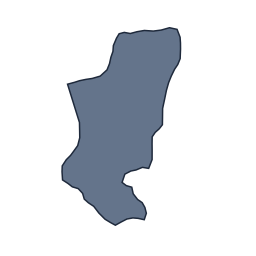 Porto Real, Rio de Janeiro, Brazil (Natural Earth projection), rotated 341°
{"feature_id": "56859067B71972686895442", "entity_name": "Porto Real", "entity_type": "district", "adm_level": 2, "iso_a3": "BRA", "parent_name": "Brazil", "parent_adm1": "Rio de Janeiro", "projection": "natural_earth1", "projection_center": [-44.326, -22.446], "detail": "fine", "context": "isolated", "style": "filled", "palette": "slate", "viewbox_px": 256, "rotation_deg": 341, "n_neighbors": 0, "source": "geoboundaries", "source_scale": "gbopen_adm2", "svg_char_len": 1076}
<svg xmlns="http://www.w3.org/2000/svg" viewBox="0 0 256 256"><g transform="rotate(341 128 128)"><path d="M161.6,136.1L164.1,129.2L167.1,120.8L172.1,112.5L176.6,104.9L181.2,98.3L185.9,92.9L191.2,87.6L195.7,84.2L199.9,79.4L203.4,70.4L205.3,64.7L206.8,59.1L206.5,50.7L199.9,46.7L191.2,46.2L183.5,44.6L175.2,41.1L167.9,39.9L160.9,39.4L155.6,36.4L150.3,36.0L146.3,39.4L141.0,45.3L138.7,50.7L134.9,55.5L131.5,61.1L127.1,66.2L118.6,69.9L110.3,69.5L103.8,68.3L97.5,67.5L92.4,67.4L85.1,66.9L83.9,107.0L81.1,115.7L79.2,121.5L74.7,128.3L68.9,132.4L64.8,135.2L59.3,137.9L53.5,142.4L51.4,147.8L49.2,155.8L53.2,160.9L56.2,165.5L61.2,169.1L63.8,175.0L63.5,181.0L66.2,185.8L70.1,190.9L72.8,199.0L76.6,206.8L80.6,211.6L84.4,215.8L91.2,214.6L97.3,213.7L103.3,214.6L108.1,216.7L113.5,220.0L117.6,214.6L118.1,208.6L117.1,203.2L113.8,198.7L111.5,191.9L112.3,185.2L107.6,181.9L104.7,177.5L110.0,170.6L116.6,169.6L121.9,170.3L128.8,169.9L134.4,172.9L140.5,165.7L143.7,156.5L145.7,150.5L148.0,144.2L152.3,141.0L157.3,138.9L161.6,136.1Z" fill="#64748b" stroke="#1e293b" stroke-width="1.5"/></g></svg>